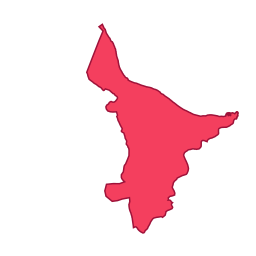 outline of Yousef El sadeq, Al Fayyum, Egypt, rotated 36°
{"feature_id": "37247803B96193438521946", "entity_name": "Yousef El sadeq", "entity_type": "district", "adm_level": 2, "iso_a3": "EGY", "parent_name": "Egypt", "parent_adm1": "Al Fayyum", "projection": "orthographic", "projection_center": [30.573, 29.353], "detail": "fine", "context": "isolated", "style": "filled", "palette": "rose", "viewbox_px": 256, "rotation_deg": 36, "n_neighbors": 0, "source": "geoboundaries", "source_scale": "gbopen_adm2", "svg_char_len": 5779}
<svg xmlns="http://www.w3.org/2000/svg" viewBox="0 0 256 256"><g transform="rotate(36 128 128)"><path d="M209.8,61.2L209.4,60.5L209.1,59.9L209.0,58.8L209.2,58.1L209.2,57.8L209.9,57.3L210.4,56.9L210.1,55.5L209.6,55.4L209.8,53.6L209.4,53.6L208.8,52.4L208.6,51.6L207.4,51.3L207.7,50.8L207.0,50.6L206.3,51.1L206.0,53.7L205.2,53.7L204.3,54.1L203.8,54.1L203.3,54.7L202.4,55.5L201.2,56.0L200.6,56.3L200.1,56.9L200.6,56.8L201.0,56.4L202.6,56.3L203.5,57.1L203.6,57.7L203.4,57.9L202.7,57.8L202.4,57.9L201.9,58.9L201.6,58.7L202.2,57.8L202.0,57.3L201.4,57.4L200.5,58.8L199.9,58.6L200.2,57.3L199.6,57.3L199.3,58.0L199.2,59.3L199.7,59.4L199.7,60.4L200.0,60.9L198.4,62.7L197.0,63.4L195.0,65.1L193.3,65.6L191.2,66.6L188.2,68.1L186.6,69.2L184.8,70.8L183.8,72.5L181.5,74.1L179.9,75.8L176.8,77.0L173.8,78.2L172.7,78.6L172.2,78.6L171.4,78.8L170.9,78.8L170.2,79.0L169.5,79.0L168.8,79.2L168.0,79.4L167.3,79.4L166.8,79.6L166.1,79.6L165.1,79.8L164.5,79.9L163.9,80.1L162.9,80.3L162.3,80.3L161.9,80.5L160.7,80.5L159.1,80.6L156.5,80.7L155.5,80.7L154.0,80.7L153.3,80.6L151.9,80.6L150.9,80.5L149.9,80.6L149.1,80.6L148.2,80.4L147.7,80.5L147.0,80.5L146.2,80.3L145.2,80.4L144.3,80.2L138.7,80.4L137.9,80.3L137.2,80.2L136.5,80.2L135.8,80.4L135.3,80.6L134.3,80.6L133.8,80.6L133.3,80.3L132.6,80.1L131.9,80.2L130.2,80.2L129.2,80.3L128.7,80.5L128.2,80.5L127.5,80.7L126.9,81.0L126.2,81.2L125.7,81.4L125.4,81.4L124.9,81.6L124.2,81.6L123.3,81.8L122.8,82.0L122.2,82.2L121.7,82.4L120.7,82.9L119.7,83.3L119.2,83.7L118.5,83.9L117.7,84.1L117.0,84.4L116.2,84.6L115.8,84.8L115.0,85.0L114.3,85.4L113.8,85.4L113.5,85.6L112.8,85.8L111.6,86.0L110.6,86.3L110.0,86.5L109.6,86.5L109.1,86.7L108.3,86.9L107.5,87.3L106.8,87.7L104.8,88.2L104.4,88.4L103.9,88.4L103.4,88.6L102.3,88.8L101.7,88.9L101.2,89.0L99.9,89.1L99.5,88.6L98.8,88.3L97.8,88.1L97.5,88.3L96.7,88.5L96.3,88.5L96.0,88.5L95.6,88.4L95.1,88.1L94.4,87.9L94.1,87.9L93.7,87.8L93.2,87.6L91.8,87.0L91.2,86.9L90.5,86.4L89.8,86.1L88.1,85.4L87.5,85.1L86.9,84.8L86.0,84.2L85.3,83.9L84.6,83.2L83.5,82.4L82.5,81.4L81.4,80.4L80.9,79.8L80.2,79.1L79.7,78.8L79.0,78.3L78.3,77.8L77.2,77.0L76.2,76.2L75.7,75.6L74.4,74.4L74.1,74.1L73.6,73.4L72.7,72.8L72.3,72.3L71.5,71.5L70.9,71.2L70.4,71.0L69.4,70.2L68.9,69.9L68.5,69.7L68.0,69.4L67.1,68.8L66.6,68.4L65.7,68.0L65.0,67.7L64.7,67.5L64.2,67.7L63.3,67.7L61.8,66.9L61.1,66.4L60.9,66.3L60.6,66.1L59.4,65.9L54.7,64.0L51.5,61.6L50.2,61.4L46.3,59.2L45.0,63.1L50.8,64.2L53.3,74.7L57.4,90.4L61.9,107.2L63.5,108.1L65.2,109.6L67.3,111.0L67.8,111.4L69.4,111.5L72.6,111.5L73.6,111.7L75.3,111.6L76.6,111.4L78.2,111.5L80.4,111.6L80.7,111.4L82.9,111.3L84.3,111.8L86.0,112.1L86.2,111.9L86.5,111.6L86.6,110.5L86.7,109.7L87.4,109.5L88.4,109.1L90.6,108.4L92.8,108.6L93.8,108.8L94.3,108.7L95.7,108.9L96.7,108.5L96.9,108.6L98.4,109.1L100.6,109.0L101.8,109.7L102.0,110.3L102.2,111.2L102.2,111.5L102.1,113.7L101.8,114.6L101.7,114.9L100.7,116.0L99.9,116.2L98.7,116.5L98.4,117.1L97.9,118.1L97.9,118.4L98.1,119.9L97.7,121.1L97.4,121.8L97.6,123.7L98.1,124.3L99.2,125.3L100.0,125.6L101.6,126.1L104.1,125.3L106.3,124.0L109.2,121.7L112.0,123.8L112.2,125.4L113.4,126.0L115.4,127.6L115.7,127.9L116.6,128.2L119.7,130.0L120.7,130.5L122.4,131.3L123.7,131.9L124.2,133.1L124.3,134.2L124.8,134.7L126.3,134.7L127.1,134.5L127.8,134.6L129.0,135.6L130.2,136.4L131.7,137.9L134.3,139.1L134.8,139.6L135.9,141.8L136.1,142.1L138.3,142.7L139.2,143.5L140.2,143.8L141.1,144.5L142.1,145.6L142.8,146.6L144.4,148.9L145.0,149.7L146.0,153.3L147.2,158.5L147.1,160.3L147.4,161.3L148.0,162.5L149.1,164.5L150.0,166.3L150.1,169.7L151.6,171.8L152.8,172.6L154.7,173.2L156.9,173.5L153.9,178.0L148.6,181.8L143.7,186.2L146.2,192.5L150.3,196.1L158.3,196.6L162.2,192.9L165.1,188.8L170.1,183.5L170.5,183.9L171.2,184.7L172.6,186.3L173.5,188.5L173.7,189.3L175.1,191.0L176.7,192.6L178.1,193.7L179.3,194.5L180.2,195.0L181.4,196.0L183.3,197.4L183.9,198.1L184.2,198.2L185.1,199.2L189.3,203.5L191.0,205.4L191.4,204.8L191.5,204.2L192.4,203.4L193.0,203.3L194.6,203.6L195.6,204.1L197.1,204.4L198.5,204.5L199.5,204.5L200.7,204.3L201.7,204.2L202.0,203.9L202.4,203.5L202.5,203.0L202.5,202.0L202.3,201.5L202.2,200.5L202.6,199.6L202.7,199.1L202.8,198.3L202.8,197.6L202.4,196.1L202.2,193.9L202.0,192.7L201.5,190.5L201.4,187.0L201.7,186.1L202.0,185.4L203.7,183.4L205.6,181.6L206.9,180.2L207.6,180.0L208.4,180.0L208.9,178.4L209.3,176.6L208.4,174.4L208.2,173.9L207.9,173.4L208.5,171.5L209.6,169.9L211.0,167.4L210.8,166.0L210.1,165.5L209.3,165.2L208.4,164.7L207.8,163.8L207.8,162.7L207.9,162.2L206.6,162.3L205.4,161.8L204.7,161.7L204.2,161.8L202.9,162.7L202.9,162.2L202.4,161.7L201.6,160.8L201.8,160.1L202.2,158.5L203.4,157.3L204.3,156.1L204.7,155.2L205.1,154.9L204.2,153.2L202.2,151.8L201.1,151.3L199.4,150.5L198.9,150.2L198.3,149.2L198.1,148.5L197.8,147.5L197.0,145.9L196.8,143.7L197.1,142.8L197.5,140.8L197.3,140.1L197.3,139.4L200.0,134.4L200.8,133.4L202.3,131.3L202.4,131.0L202.4,129.8L201.8,127.4L201.2,126.1L200.8,125.3L200.0,124.5L197.9,122.7L194.6,120.7L193.2,120.0L191.5,119.0L189.7,117.9L188.8,117.0L188.5,115.9L188.3,115.2L188.3,114.4L188.7,112.8L189.0,112.3L189.2,111.8L189.5,110.6L189.8,109.9L190.4,109.4L190.9,108.9L191.3,108.5L191.6,108.0L192.1,107.5L192.7,106.7L193.9,106.1L194.4,105.9L194.5,105.7L196.2,104.8L196.5,104.3L197.2,103.7L197.7,103.2L197.8,102.7L198.0,101.7L198.1,101.0L197.9,99.8L197.2,98.7L195.4,96.2L195.3,95.4L195.5,94.5L195.6,94.3L196.1,94.0L196.5,93.6L197.3,93.3L199.3,92.8L200.0,92.5L199.6,92.0L199.6,90.6L199.7,89.8L200.2,88.8L200.3,88.6L200.5,88.1L201.8,86.7L202.1,86.1L203.4,83.9L203.7,82.9L204.5,80.8L204.6,80.0L204.6,79.5L204.4,79.0L204.1,78.6L203.5,78.0L203.0,77.2L202.3,76.3L201.9,75.3L202.0,74.8L202.7,73.4L203.0,72.9L204.2,71.8L204.7,71.4L205.5,70.8L207.3,69.4L209.0,66.4L209.2,65.4L209.5,64.6L210.1,63.2L210.2,62.2L209.8,61.2Z" fill="#f43f5e" stroke="#9f1239" stroke-width="1.5"/></g></svg>